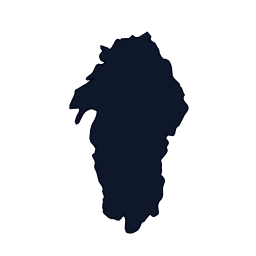 SVG path tracing the border of Phôngsali, rotated 205°
{"feature_id": "LAO-3291", "entity_name": "Phôngsali", "entity_type": "Province", "adm_level": 1, "iso_a3": "LAO", "parent_name": "Laos", "parent_adm1": "", "projection": "equal_earth", "projection_center": [102.249, 21.683], "detail": "fine", "context": "isolated", "style": "filled", "palette": "ink", "viewbox_px": 256, "rotation_deg": 205, "n_neighbors": 0, "source": "natural_earth", "source_scale": "10m", "svg_char_len": 2867}
<svg xmlns="http://www.w3.org/2000/svg" viewBox="0 0 256 256"><g transform="rotate(205 128 128)"><path d="M85.1,33.2L85.5,33.3L88.0,36.0L90.9,43.7L93.0,46.3L95.2,46.9L96.0,45.3L96.4,43.0L97.3,40.9L98.8,40.2L102.6,40.1L104.4,39.2L106.2,38.9L107.9,39.0L113.2,40.6L114.1,41.0L114.9,41.7L115.3,42.7L115.4,43.7L116.0,44.7L116.9,44.7L117.5,46.3L118.0,47.4L118.9,51.1L119.2,51.5L119.9,52.2L120.2,52.8L120.2,53.4L119.9,54.8L120.0,55.5L121.3,57.2L122.8,58.5L124.0,60.0L124.6,62.4L126.3,64.3L131.5,67.6L137.7,75.2L140.4,77.3L141.2,78.2L141.8,79.5L142.6,82.4L143.2,83.7L145.0,85.4L147.2,86.9L148.5,88.4L147.8,89.9L147.5,90.2L147.3,90.6L147.2,91.0L147.1,91.4L148.1,95.8L151.4,98.0L155.2,99.6L157.9,102.4L160.9,110.8L161.7,115.6L161.3,122.4L161.5,125.1L161.9,127.7L162.5,129.5L163.1,130.7L163.4,130.9L163.7,130.7L168.3,130.6L169.2,130.3L171.9,128.0L173.9,124.9L174.9,121.2L175.1,111.8L176.6,110.0L178.4,111.7L179.1,117.0L178.8,121.7L179.1,123.9L180.2,125.3L181.7,125.2L188.0,121.7L188.5,121.3L188.9,121.5L189.6,123.0L190.0,124.3L190.1,125.6L190.1,133.6L190.3,136.5L191.2,139.0L191.3,139.3L191.3,139.7L191.3,140.0L191.2,140.3L189.5,142.4L186.2,147.5L184.4,149.7L180.4,157.8L181.7,157.0L183.5,155.6L185.2,154.6L186.4,154.9L186.3,156.3L183.4,162.1L183.0,164.5L183.0,169.9L182.7,171.8L181.6,173.2L178.7,174.1L177.2,175.5L176.3,177.7L176.9,178.2L178.6,178.0L180.5,178.1L181.8,178.7L182.9,179.7L183.8,181.0L184.2,182.4L184.1,183.4L183.4,185.7L183.4,186.9L183.9,188.0L184.5,188.3L185.2,188.3L186.1,189.0L187.1,190.9L187.1,191.0L180.1,191.7L178.7,191.2L177.4,191.2L176.5,193.3L175.9,198.8L175.8,201.9L175.0,203.8L172.5,204.1L171.8,204.4L171.4,205.3L171.3,206.0L165.5,209.0L164.3,209.9L162.9,213.5L159.9,212.9L157.8,213.6L155.9,215.1L150.9,222.8L146.1,220.4L145.7,218.1L144.6,216.8L142.1,216.2L139.5,216.0L136.7,213.8L133.5,211.8L131.3,208.7L128.3,206.4L125.3,205.0L122.4,206.0L119.4,205.7L116.4,203.5L114.0,200.5L109.9,193.6L107.2,191.9L100.5,189.5L99.5,188.2L98.1,187.2L96.6,186.6L92.6,182.7L91.1,181.7L91.2,181.3L91.3,180.1L91.0,178.6L90.3,177.3L89.3,176.3L88.2,175.5L83.7,173.3L82.5,172.0L81.8,170.0L81.9,168.0L82.7,163.7L83.1,152.1L84.4,149.6L84.7,147.4L83.6,142.8L83.7,140.9L85.0,139.8L86.9,139.5L88.7,138.8L89.8,136.8L89.6,134.5L88.3,133.5L86.7,132.9L85.4,131.8L85.1,130.6L85.4,128.2L85.3,127.0L84.8,126.0L83.4,124.5L83.0,123.8L83.0,122.0L83.3,119.9L85.1,113.4L85.0,112.3L82.9,109.8L82.4,109.0L81.3,106.1L79.4,102.7L79.1,101.7L79.1,100.8L78.9,99.9L78.3,98.9L75.2,97.8L73.3,96.3L72.5,94.7L72.0,90.0L71.3,87.6L68.9,82.8L68.1,80.4L68.1,77.8L68.7,75.8L69.1,73.5L68.6,70.4L67.6,68.4L64.9,64.4L64.7,62.4L66.1,60.3L66.8,59.3L67.7,58.7L68.8,58.7L69.9,59.1L70.9,59.3L72.1,58.7L72.5,57.8L73.7,52.9L74.0,51.1L74.1,50.6L75.6,48.7L75.8,48.5L76.0,46.2L75.8,43.9L75.9,41.6L76.7,39.0L78.0,37.2L79.7,35.2L81.8,33.8L84.3,33.2L85.1,33.2Z" fill="#0f172a" stroke="#020617" stroke-width="1.5"/></g></svg>